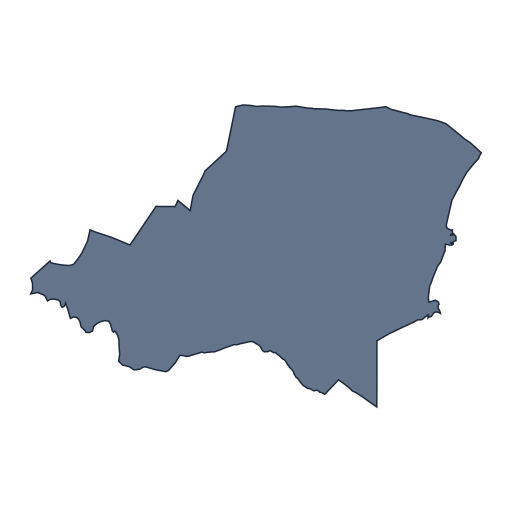 San Felipe Jalapa de Díaz, Oaxaca, Mexico
{"feature_id": "50627088B17245875602717", "entity_name": "San Felipe Jalapa de Díaz", "entity_type": "district", "adm_level": 2, "iso_a3": "MEX", "parent_name": "Mexico", "parent_adm1": "Oaxaca", "projection": "equal_earth", "projection_center": [-96.53, 18.067], "detail": "fine", "context": "isolated", "style": "filled", "palette": "slate", "viewbox_px": 512, "rotation_deg": 0, "n_neighbors": 0, "source": "geoboundaries", "source_scale": "gbopen_adm2", "svg_char_len": 5881}
<svg xmlns="http://www.w3.org/2000/svg" viewBox="0 0 512 512"><path d="M324.8,394.3L328.4,390.5L332.6,386.1L336.0,382.5L337.3,381.1L338.6,379.8L338.9,380.1L341.4,381.9L342.5,382.6L348.4,387.1L352.4,391.0L354.7,392.0L358.0,393.8L361.3,396.1L362.2,396.7L369.0,401.6L369.3,401.8L376.8,407.0L376.9,375.3L376.9,373.0L376.9,369.7L376.9,340.8L380.7,338.6L382.2,337.6L383.8,336.8L386.6,335.2L386.9,335.1L388.8,333.9L391.3,332.6L392.4,332.2L394.3,331.3L397.6,329.7L397.8,329.6L399.2,328.9L400.2,328.4L401.0,328.1L401.9,327.6L402.0,327.6L403.6,326.8L411.0,323.4L413.7,322.2L414.3,321.8L417.3,320.1L417.8,319.9L422.1,319.6L424.3,317.7L425.1,317.0L428.1,314.8L428.1,317.0L428.0,317.8L428.1,317.7L429.3,317.1L430.1,316.8L431.3,316.4L431.9,315.6L432.6,314.6L433.3,313.4L434.3,312.6L435.2,312.1L436.4,312.0L437.5,312.1L438.7,312.6L439.7,313.0L440.4,313.4L440.2,312.4L439.5,310.5L438.0,307.9L438.3,305.2L439.0,304.3L438.9,304.1L438.5,302.2L435.5,300.2L434.1,300.6L429.7,301.9L428.7,301.8L428.7,301.0L428.7,299.8L428.5,299.6L428.4,299.5L428.5,295.6L428.5,295.4L429.2,290.1L429.7,286.1L431.2,282.7L432.0,280.6L432.6,278.5L437.6,266.1L439.3,263.9L440.1,262.8L440.4,262.5L441.0,261.3L443.0,255.9L444.0,253.4L444.5,252.0L445.1,250.9L445.0,248.8L445.2,246.6L445.4,244.2L449.8,245.1L451.8,245.0L453.1,244.4L453.4,243.8L452.9,242.8L451.7,243.5L450.7,243.1L450.7,242.6L451.9,242.7L455.1,240.9L456.0,240.7L456.0,236.6L454.1,234.4L453.7,233.8L453.2,234.6L451.5,235.2L450.7,235.3L450.7,234.7L452.4,234.0L452.4,229.9L451.0,230.3L446.8,227.9L446.8,227.6L446.6,226.8L446.3,224.8L452.0,200.0L453.2,197.9L454.7,195.0L455.7,193.0L455.9,192.7L456.8,190.9L457.0,190.7L459.8,185.7L460.1,185.1L461.3,182.3L462.8,179.4L464.3,176.7L464.7,176.0L465.7,174.1L466.3,173.2L467.3,171.7L473.8,163.8L477.8,159.5L478.6,158.4L478.7,158.1L479.4,156.4L479.6,155.8L481.3,152.8L470.0,142.5L464.2,138.7L460.1,135.1L446.1,123.8L438.3,120.9L420.2,116.8L419.2,116.7L416.8,116.2L416.0,116.0L415.8,116.0L413.8,115.6L411.3,115.1L410.8,115.0L409.3,114.7L408.0,113.7L406.9,113.4L405.4,113.1L404.7,112.9L400.5,111.8L398.4,111.2L396.0,110.6L394.3,110.1L390.9,109.3L385.8,106.7L383.6,107.0L383.2,107.1L382.3,107.2L382.1,107.3L381.4,107.3L380.2,107.5L378.5,107.7L376.0,108.0L372.1,108.4L368.0,108.9L364.6,109.2L362.9,109.4L361.7,109.5L361.2,109.6L360.0,109.8L357.3,110.0L352.2,110.7L352.0,110.8L350.5,110.7L349.1,110.7L347.2,110.8L345.9,110.7L345.0,110.5L342.5,110.3L339.2,110.4L337.4,110.3L333.2,109.9L331.7,109.8L326.5,109.0L321.4,108.9L319.0,108.8L318.5,108.8L316.8,108.7L316.1,108.7L315.7,108.7L314.7,108.8L312.5,108.5L312.2,108.3L306.8,108.0L304.9,107.6L303.4,107.4L302.2,107.2L299.7,106.8L296.4,106.2L295.8,106.1L294.0,106.3L293.9,106.3L292.4,106.4L292.0,106.5L291.1,106.5L290.9,106.6L288.7,106.8L286.2,106.9L285.0,106.9L280.9,107.1L278.7,106.9L277.7,106.7L274.2,106.3L271.5,106.3L268.8,106.1L265.5,106.2L263.3,106.0L262.4,106.0L259.6,106.2L257.4,106.4L257.1,106.4L255.6,106.3L254.6,106.1L252.2,105.7L250.1,105.4L248.3,105.3L247.1,105.3L245.2,105.0L243.9,105.0L242.2,105.1L241.2,105.4L239.5,105.9L237.6,106.2L235.5,106.9L233.6,116.3L226.5,151.1L205.1,170.9L203.1,175.5L201.3,179.0L193.1,195.2L191.7,202.3L190.2,210.6L180.1,202.2L177.9,200.4L175.2,206.5L167.8,206.5L158.5,206.5L156.2,206.2L130.0,245.0L111.5,237.3L94.8,231.8L90.0,229.8L89.7,231.4L87.6,240.9L85.7,245.0L83.7,249.2L82.1,252.6L80.6,255.0L78.4,258.2L76.9,260.2L75.4,262.0L74.2,263.8L72.8,264.6L71.0,265.1L69.5,265.4L68.0,265.5L62.6,265.0L59.5,264.6L52.7,263.2L50.7,262.8L50.0,261.0L39.5,270.4L30.9,278.1L32.5,283.3L32.6,289.7L30.7,293.9L37.6,292.5L44.7,295.4L47.6,301.0L50.3,299.3L53.9,299.1L58.2,300.0L60.3,302.0L60.7,305.1L62.1,307.4L64.2,306.3L65.1,304.7L65.5,303.0L67.7,309.0L70.4,318.4L73.6,317.0L75.3,317.2L76.6,317.5L77.8,318.3L78.5,319.2L79.2,320.3L80.3,322.6L80.5,324.7L81.3,327.1L83.5,329.1L85.3,331.0L86.0,332.4L87.2,332.5L89.6,332.5L91.3,331.6L92.4,331.2L93.0,329.4L93.4,326.7L97.1,323.4L100.7,321.7L104.5,320.6L108.5,321.1L110.4,324.0L111.5,327.9L112.2,330.8L113.5,332.1L114.7,331.0L116.4,333.3L117.8,335.8L119.0,340.2L119.0,343.5L119.3,349.6L119.4,351.3L119.8,353.5L118.6,361.2L122.8,365.3L125.0,365.5L128.3,366.5L130.0,367.0L133.7,369.8L136.4,369.7L140.1,369.0L143.0,367.2L145.0,366.8L147.9,367.5L154.9,369.6L165.7,371.7L168.5,370.5L172.5,365.9L175.2,363.0L179.8,355.3L184.7,355.8L185.6,356.3L187.7,356.3L189.0,356.1L191.4,355.3L194.1,354.5L195.5,354.0L197.3,353.6L198.6,353.2L199.6,352.9L200.4,352.6L201.4,352.1L204.0,352.8L208.2,352.3L213.0,351.8L213.8,351.8L214.4,351.9L217.3,350.8L219.9,349.9L221.4,349.3L224.1,348.1L233.5,344.8L234.8,344.7L236.0,344.7L236.7,344.7L237.2,344.7L240.0,343.8L240.3,343.7L240.9,343.5L241.2,343.6L241.3,343.5L241.5,343.4L241.9,343.4L246.3,342.4L249.3,341.7L249.8,341.7L250.2,341.7L250.8,341.4L251.2,341.5L251.6,341.6L251.9,341.5L253.2,341.9L253.2,342.1L253.7,342.3L254.2,342.5L254.6,342.5L255.1,342.9L255.6,343.4L256.2,343.6L256.5,343.6L256.6,343.9L256.9,343.9L257.4,344.3L257.7,344.5L258.0,344.6L258.4,344.9L258.5,345.0L259.4,345.8L261.0,347.6L262.5,350.5L264.5,351.9L265.5,351.6L266.6,351.7L267.4,351.8L267.6,351.5L268.6,351.3L270.4,350.6L270.5,350.6L271.3,351.3L271.9,351.7L273.7,352.7L275.2,352.5L275.3,352.5L278.2,355.0L278.6,355.1L279.1,355.6L279.9,356.2L281.5,357.9L282.8,359.0L283.7,359.5L284.1,359.5L284.4,359.7L286.5,362.5L287.4,364.1L287.9,365.2L288.0,365.3L289.3,366.4L289.2,367.0L291.7,369.4L292.9,370.9L293.6,372.3L293.8,373.3L294.0,373.8L294.7,374.9L295.3,376.0L295.7,376.9L296.8,377.5L297.0,377.8L297.2,378.3L297.7,378.6L297.9,378.6L299.7,381.3L301.2,383.2L301.4,383.5L303.3,385.6L305.6,387.0L306.3,387.4L307.2,388.2L307.9,388.4L308.1,388.5L309.6,388.6L310.4,388.9L310.9,389.2L311.1,389.4L313.5,390.7L313.9,390.8L315.0,390.7L316.4,390.2L317.1,390.3L317.4,390.5L318.8,391.2L319.3,391.8L319.5,391.8L319.6,392.1L319.8,392.3L321.2,392.4L323.0,393.3L324.8,394.3Z" fill="#64748b" stroke="#1e293b" stroke-width="1.5"/></svg>